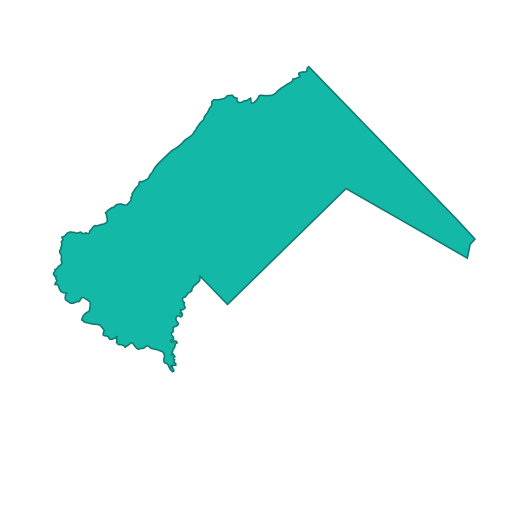 Cujubim, Rondônia, Brazil, rotated 226°
{"feature_id": "56859067B44004203412105", "entity_name": "Cujubim", "entity_type": "district", "adm_level": 2, "iso_a3": "BRA", "parent_name": "Brazil", "parent_adm1": "Rondônia", "projection": "natural_earth1", "projection_center": [-62.503, -9.128], "detail": "fine", "context": "isolated", "style": "filled", "palette": "teal", "viewbox_px": 512, "rotation_deg": 226, "n_neighbors": 0, "source": "geoboundaries", "source_scale": "gbopen_adm2", "svg_char_len": 4486}
<svg xmlns="http://www.w3.org/2000/svg" viewBox="0 0 512 512"><g transform="rotate(226 256 256)"><path d="M375.1,91.5L373.4,93.4L371.3,92.9L368.9,91.7L366.1,91.0L363.4,91.8L361.9,93.2L360.8,93.9L360.2,91.7L357.9,89.1L356.5,88.6L352.6,89.4L350.8,89.8L349.6,91.0L348.8,92.1L347.8,94.6L347.3,96.1L346.2,96.7L346.2,98.1L346.9,100.7L346.9,102.2L345.7,103.1L340.8,104.3L339.0,104.5L337.6,104.4L334.7,101.2L334.0,100.0L332.6,98.7L332.4,97.3L333.2,93.7L333.2,91.8L332.9,89.8L331.5,86.6L330.6,86.1L329.5,86.7L328.0,86.6L326.3,87.4L324.2,88.9L321.5,90.5L319.5,92.0L317.2,94.1L315.5,95.3L314.0,95.8L311.7,95.5L307.9,95.2L307.2,93.5L305.5,91.2L304.5,91.3L301.6,93.3L300.5,93.7L299.4,93.2L297.6,93.0L296.1,94.4L295.6,95.8L294.8,97.3L294.8,100.7L294.2,99.5L293.2,98.1L291.6,96.9L290.9,95.7L288.8,95.3L287.2,96.0L286.0,97.3L283.9,98.4L282.7,98.7L281.2,98.4L280.2,106.1L279.2,106.7L274.1,106.1L271.9,106.2L270.3,106.7L269.7,108.8L268.1,110.3L267.5,112.1L267.3,115.2L265.8,116.0L263.8,116.1L262.3,116.5L259.5,118.2L256.8,120.1L253.7,121.4L252.7,122.0L251.4,122.2L249.9,121.9L248.4,121.2L247.2,120.4L246.1,118.4L244.7,116.7L242.9,116.0L241.2,116.7L239.9,117.4L238.2,116.9L234.2,115.5L230.7,115.5L230.2,116.8L231.5,117.8L233.1,118.1L234.4,118.9L235.2,117.8L236.1,118.9L235.5,119.9L234.3,121.1L233.0,122.3L234.6,123.7L235.6,123.2L236.9,123.3L237.8,125.4L239.0,125.0L240.1,126.1L239.8,127.7L241.0,127.9L242.8,128.4L243.5,126.7L244.8,128.9L245.7,130.5L246.5,131.5L246.5,133.2L247.6,135.4L248.8,136.6L248.3,139.1L250.3,139.4L251.3,138.7L251.9,136.2L252.8,135.4L254.3,135.6L254.4,137.2L253.1,137.6L253.6,139.2L255.0,140.2L258.1,140.4L259.5,142.2L259.0,143.6L259.8,144.9L260.9,145.4L261.9,146.6L261.8,148.2L260.8,149.8L260.7,151.6L261.0,153.1L262.3,153.6L264.1,153.6L266.3,154.5L267.3,156.1L267.5,157.9L266.0,159.2L264.6,159.3L264.2,160.8L264.7,162.1L265.5,162.8L267.0,163.1L267.6,161.9L268.3,163.5L269.8,164.5L268.4,165.4L268.1,166.9L267.7,168.2L268.1,169.3L269.9,169.9L271.2,170.4L272.0,171.9L273.5,172.2L275.3,172.5L276.5,173.5L276.5,175.1L275.6,176.5L275.8,178.2L276.1,179.9L276.3,181.9L275.7,184.0L275.5,185.6L276.6,186.8L277.1,188.1L277.6,190.8L277.3,195.2L277.3,197.3L277.5,198.6L278.5,199.7L280.3,201.7L268.9,201.8L240.9,201.8L241.5,294.9L241.9,367.6L184.6,384.3L145.7,395.6L144.1,396.0L121.8,402.4L107.6,406.5L113.3,414.8L115.6,418.1L116.0,425.3L143.9,425.9L234.1,425.7L274.0,425.6L290.6,425.6L330.9,425.5L355.7,425.5L355.6,423.4L353.7,420.8L354.0,419.5L356.5,416.8L357.8,414.2L357.4,413.0L354.6,412.2L355.1,410.3L356.0,408.1L357.7,405.4L356.4,403.4L357.9,397.8L358.7,393.4L359.3,390.7L359.7,385.8L359.5,383.7L359.7,381.7L360.4,379.5L361.0,378.4L364.2,374.8L366.9,372.3L368.4,371.2L369.1,369.1L368.3,367.6L367.8,364.8L367.8,360.8L369.0,359.0L371.0,359.7L372.3,361.4L373.4,361.8L373.8,360.1L374.0,358.5L374.6,356.7L375.7,355.5L376.8,351.8L378.4,350.3L380.8,350.1L382.7,352.0L384.6,350.8L385.9,350.5L388.3,350.6L389.7,348.6L390.9,347.2L391.3,346.1L391.1,344.0L391.5,342.3L394.8,337.1L396.2,335.7L397.7,334.2L397.8,331.4L395.0,328.7L394.6,325.5L392.8,320.6L392.5,318.1L392.1,315.7L390.8,313.7L390.4,312.3L390.5,309.6L390.3,307.2L389.3,301.9L388.4,300.4L388.5,298.3L387.8,296.2L387.5,293.9L387.6,292.2L388.1,289.3L388.7,286.3L388.8,284.9L388.5,281.3L388.7,277.1L389.2,273.0L390.2,269.3L390.4,267.3L390.4,257.1L390.4,249.6L389.9,245.1L389.1,241.9L388.3,239.9L388.0,236.1L386.9,233.3L386.8,232.0L386.9,230.5L388.6,225.5L390.3,224.2L390.2,223.0L389.3,222.1L388.5,220.9L388.3,216.6L387.2,211.1L386.8,209.9L385.4,209.1L384.8,206.4L383.6,205.6L382.8,204.5L382.7,202.2L382.5,198.8L383.1,197.4L385.4,196.0L387.3,195.0L388.6,193.3L389.6,192.0L390.0,190.1L389.8,187.9L390.6,186.3L391.1,185.2L391.4,183.3L391.6,181.9L391.8,180.5L391.4,179.1L391.8,177.9L389.9,177.2L388.8,176.5L386.3,174.8L384.3,173.3L384.1,170.7L384.8,168.6L386.0,167.0L386.8,165.3L388.3,162.4L389.9,161.2L390.1,159.1L389.8,157.3L389.4,156.0L389.7,154.3L388.7,152.9L388.3,151.4L389.0,150.5L390.8,149.8L391.5,148.2L392.3,146.9L393.9,146.8L395.3,146.3L395.9,144.7L397.4,142.3L399.3,141.8L400.8,140.1L402.2,139.4L403.2,137.2L403.7,135.6L403.2,132.4L404.4,129.3L401.7,128.5L401.5,125.8L400.3,125.3L399.2,124.2L397.8,122.2L397.4,121.0L396.4,120.5L396.3,118.6L394.6,117.1L392.8,116.8L391.1,116.1L390.1,114.9L388.5,112.9L386.8,112.3L385.4,110.9L385.3,109.5L385.7,106.8L385.2,103.0L386.0,102.0L384.8,101.1L384.4,98.8L383.8,97.8L381.5,97.1L380.5,98.1L378.9,96.4L376.2,95.5L376.1,93.2L375.1,91.5Z" fill="#14b8a6" stroke="#0f766e" stroke-width="1.5"/></g></svg>